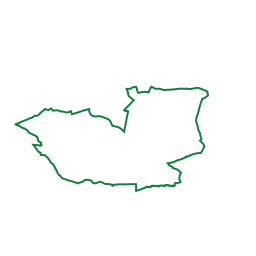 Bunesti, Suceava, Romania (Equal Earth projection), rotated 140°
{"feature_id": "2599482B56325809571103", "entity_name": "Bunesti", "entity_type": "district", "adm_level": 2, "iso_a3": "ROU", "parent_name": "Romania", "parent_adm1": "Suceava", "projection": "equal_earth", "projection_center": [26.308, 47.515], "detail": "fine", "context": "isolated", "style": "outline", "palette": "green", "viewbox_px": 256, "rotation_deg": 140, "n_neighbors": 0, "source": "geoboundaries", "source_scale": "gbopen_adm2", "svg_char_len": 5761}
<svg xmlns="http://www.w3.org/2000/svg" viewBox="0 0 256 256"><g transform="rotate(140 128 128)"><path d="M179.4,196.0L181.1,195.7L184.0,195.8L184.7,195.9L185.4,195.9L186.4,195.6L188.2,195.5L189.1,195.6L190.4,196.3L191.6,197.3L192.6,197.5L194.3,197.5L194.5,197.5L197.6,198.8L200.1,199.3L200.7,199.6L205.7,201.3L207.6,201.8L211.7,203.1L211.8,202.6L211.5,202.1L211.3,201.4L210.8,201.0L210.5,200.4L210.0,200.1L209.8,199.2L209.6,198.6L209.5,197.6L208.6,195.6L208.2,195.0L208.2,194.7L207.7,194.0L207.3,193.8L207.1,193.1L207.1,192.5L206.5,189.8L207.1,188.5L206.0,186.1L205.5,185.2L205.4,184.9L205.2,184.1L204.9,183.5L203.7,181.7L203.9,180.8L203.9,180.7L203.2,179.5L204.7,176.4L205.1,175.6L205.1,175.3L204.3,173.1L204.0,172.9L204.0,172.7L204.6,171.9L204.9,171.4L205.1,170.8L205.4,170.4L206.0,170.5L206.3,170.7L206.5,170.9L206.7,171.2L207.5,172.1L208.3,172.9L208.9,173.5L211.3,176.0L211.4,173.4L211.8,167.8L211.7,167.1L211.7,166.8L211.4,166.2L211.0,165.4L210.9,164.9L211.6,164.3L212.0,163.8L212.1,163.4L211.7,162.8L209.6,161.2L209.2,160.6L209.1,159.5L209.0,159.2L208.8,158.0L208.7,157.0L208.8,155.0L208.7,154.9L208.8,154.2L208.9,153.8L209.0,152.6L209.3,151.4L209.3,151.0L209.2,150.5L209.0,150.0L208.8,149.2L208.8,147.5L209.1,145.7L209.1,145.2L209.6,144.5L209.6,144.2L209.8,142.0L210.8,138.9L211.0,138.0L211.1,136.7L211.0,135.9L210.7,135.4L210.6,135.2L210.8,133.1L210.7,131.7L210.4,131.2L207.8,127.2L207.6,126.5L206.6,125.3L206.2,124.7L205.1,123.0L202.6,118.9L202.1,117.8L201.4,117.7L199.7,117.1L198.6,116.5L197.4,116.0L195.1,116.0L194.5,115.8L192.2,114.3L191.7,113.9L191.4,113.4L191.0,112.6L190.5,112.1L190.1,111.4L190.0,110.7L189.9,110.1L190.1,108.3L189.8,107.8L189.2,107.1L187.6,106.2L186.2,105.6L184.8,105.3L184.5,105.1L184.1,104.9L183.2,103.7L182.5,102.5L182.0,100.8L181.8,100.5L181.0,99.4L179.4,97.9L179.0,97.5L178.6,97.2L178.4,96.8L177.7,96.2L177.5,95.7L177.1,95.4L177.0,95.0L176.9,94.5L176.8,94.3L177.0,94.0L176.9,93.6L176.8,93.4L176.2,93.6L175.7,93.9L174.1,92.7L171.0,90.5L168.3,88.3L166.5,86.7L163.4,84.3L161.2,82.5L159.4,81.1L158.0,79.8L162.2,74.6L161.5,74.3L161.2,74.2L160.9,74.1L160.2,73.7L159.4,73.5L159.2,73.4L159.0,73.2L158.5,73.0L157.3,72.6L156.7,72.5L155.2,71.9L154.9,71.9L154.6,71.7L154.4,71.6L153.9,71.5L153.4,71.3L153.0,71.3L152.8,71.4L152.4,71.3L152.3,71.2L152.1,70.8L151.2,70.5L150.8,70.5L150.8,70.3L150.8,70.1L150.5,69.6L150.0,69.4L149.7,69.2L149.3,68.8L148.8,68.6L148.6,68.4L148.4,68.4L148.1,68.2L147.9,68.2L147.7,68.1L147.3,68.1L147.1,68.1L147.1,68.3L146.9,68.2L146.7,68.1L146.4,68.1L146.1,67.9L146.0,67.5L145.8,67.4L145.5,67.0L145.3,67.0L145.0,66.7L144.8,66.3L144.5,66.2L143.9,65.5L143.5,65.5L143.1,65.0L143.0,64.7L142.7,64.5L142.6,64.3L142.6,64.2L142.4,64.1L142.1,63.8L141.7,63.8L141.7,63.7L141.5,63.8L141.3,63.6L141.2,63.3L141.0,63.2L140.8,63.2L140.4,63.0L139.7,62.8L139.4,62.6L139.1,62.3L138.6,61.4L138.4,61.2L138.1,61.2L137.9,61.1L137.8,60.3L137.6,60.0L137.4,59.9L137.1,60.0L136.7,60.0L136.5,60.3L136.2,60.3L136.0,60.2L135.8,60.0L135.8,59.7L135.6,59.5L135.2,59.5L135.1,59.3L134.4,58.9L134.1,58.3L134.1,57.7L133.6,57.4L133.3,57.5L132.9,56.7L132.3,56.2L132.2,55.8L131.9,55.6L131.4,55.6L131.0,55.2L131.2,54.9L130.4,54.3L129.6,53.7L128.3,55.0L127.5,55.5L127.2,55.5L127.0,55.3L126.9,54.9L126.7,54.7L126.4,54.4L125.5,54.1L123.9,53.2L123.7,53.1L122.4,52.9L122.1,53.8L121.9,54.9L121.6,55.6L121.1,56.3L120.4,57.1L119.0,58.3L117.6,59.0L116.9,59.5L116.6,59.5L116.2,59.5L116.2,60.8L116.4,61.3L116.3,61.7L116.5,62.0L116.6,62.4L116.6,63.1L116.7,63.7L117.2,65.0L118.2,66.6L118.6,67.4L119.0,68.0L119.3,68.5L119.0,68.7L119.2,69.8L119.6,71.0L120.0,71.7L120.4,73.0L120.5,73.4L120.4,73.7L120.2,74.8L120.2,75.4L117.7,73.9L117.1,73.7L115.5,72.8L114.6,72.5L112.8,72.0L110.1,71.2L109.6,70.7L104.8,69.1L101.3,68.0L101.4,68.4L100.6,68.0L99.3,67.5L96.8,66.7L94.9,66.1L94.3,65.8L92.6,64.9L88.5,62.5L87.9,62.0L83.4,63.9L82.5,64.2L81.7,64.2L80.8,66.1L80.6,67.0L80.6,67.7L81.0,72.0L79.0,72.3L78.7,72.5L78.5,72.8L77.6,75.3L76.7,76.9L76.4,77.4L76.2,78.0L75.7,80.0L75.0,82.0L73.8,84.3L72.9,85.8L72.7,86.3L72.2,88.1L71.8,88.8L71.5,89.3L69.8,91.1L68.3,92.4L67.4,92.9L66.4,93.3L65.8,93.7L64.4,94.6L62.4,96.1L58.7,98.7L55.2,100.9L53.4,101.9L52.6,102.6L52.4,102.6L51.4,102.1L50.2,101.8L46.5,101.5L46.2,101.5L45.9,101.6L45.7,101.8L45.6,102.1L45.4,102.1L44.7,103.3L44.4,104.0L44.4,104.4L44.4,104.7L44.2,104.8L43.9,104.9L44.3,106.1L47.2,111.6L48.6,114.0L55.1,117.7L57.2,119.6L57.5,120.3L57.9,120.6L58.6,120.9L63.0,124.8L67.8,127.9L76.2,134.1L77.9,136.8L78.5,137.6L81.5,140.2L81.9,140.6L83.4,144.5L85.0,144.3L85.1,144.0L85.4,143.8L88.0,142.8L88.9,142.3L89.3,142.0L90.9,144.0L92.2,145.2L93.5,146.1L94.2,146.5L97.3,148.1L97.5,148.3L97.6,148.7L97.5,149.1L96.2,152.1L95.5,153.4L95.4,153.9L95.4,154.3L95.6,154.6L95.9,154.8L97.3,155.5L98.0,156.0L99.1,156.2L101.1,156.5L102.6,157.8L103.9,158.9L104.4,157.8L104.8,156.0L105.1,155.4L105.9,154.1L106.6,152.9L106.8,152.0L106.7,150.8L105.7,145.6L119.6,144.1L119.6,143.8L119.3,143.0L118.5,142.3L117.4,141.5L117.2,141.1L117.4,140.5L122.8,136.2L133.3,127.7L133.7,130.8L133.9,132.0L134.7,134.4L135.6,135.9L136.6,137.0L136.9,137.5L137.2,138.2L137.5,138.6L138.3,139.3L138.4,139.8L138.3,140.5L138.2,141.2L137.3,144.3L137.2,145.3L137.3,146.6L137.5,147.4L139.5,151.2L139.9,151.9L140.8,153.4L141.9,155.1L142.5,155.7L143.3,156.3L144.7,157.0L145.3,157.5L146.3,158.6L146.6,159.1L146.8,159.2L146.9,159.4L147.7,160.8L147.7,161.2L147.8,162.0L147.8,162.5L147.5,164.2L147.3,165.0L146.9,165.8L146.3,166.6L145.6,167.2L145.5,167.4L150.9,170.0L158.1,172.8L162.1,174.6L160.9,177.5L161.9,178.0L162.1,177.7L164.8,179.1L165.4,179.6L165.9,180.6L167.7,182.9L168.7,183.7L169.1,184.1L170.2,186.4L170.5,186.7L171.7,187.7L174.3,189.5L174.3,190.2L174.3,190.9L174.3,192.4L177.5,192.8L177.8,193.3L178.5,194.2L179.4,196.0Z" fill="none" stroke="#15803d" stroke-width="2"/></g></svg>